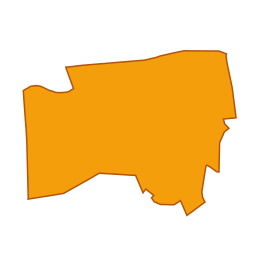 Mutare Urban, Manicaland, Zimbabwe (Natural Earth projection), rotated 4°
{"feature_id": "62879985B34329227357286", "entity_name": "Mutare Urban", "entity_type": "district", "adm_level": 2, "iso_a3": "ZWE", "parent_name": "Zimbabwe", "parent_adm1": "Manicaland", "projection": "natural_earth1", "projection_center": [32.581, -18.995], "detail": "fine", "context": "isolated", "style": "filled", "palette": "amber", "viewbox_px": 256, "rotation_deg": 4, "n_neighbors": 0, "source": "geoboundaries", "source_scale": "gbopen_adm2", "svg_char_len": 1671}
<svg xmlns="http://www.w3.org/2000/svg" viewBox="0 0 256 256"><g transform="rotate(4 128 128)"><path d="M228.7,121.2L224.2,117.3L222.6,112.4L235.1,110.3L229.1,80.4L222.5,57.1L222.3,56.6L220.7,48.9L221.1,47.2L213.5,45.0L213.3,44.9L213.2,44.9L178.4,47.1L169.4,49.6L154.8,54.0L151.6,55.5L140.0,59.1L132.3,60.3L77.7,68.7L63.1,71.5L62.8,71.5L61.9,71.4L61.8,72.0L61.9,72.3L70.9,92.5L66.5,95.7L66.3,95.7L66.0,96.0L65.7,96.1L65.4,96.2L65.0,96.3L64.8,96.4L64.5,96.4L64.3,96.5L64.1,96.5L63.8,96.6L63.5,96.7L58.4,97.4L58.1,97.5L57.7,97.5L57.1,97.5L56.3,97.5L55.9,97.5L55.5,97.5L55.1,97.5L54.8,97.6L54.3,97.6L53.9,97.6L53.5,97.6L53.2,97.5L49.0,96.3L48.7,96.3L48.3,96.2L48.1,96.2L47.9,96.1L47.6,96.1L47.2,95.9L46.8,95.9L46.4,95.8L46.1,95.6L45.7,95.5L45.4,95.4L44.4,95.0L44.0,94.9L43.6,94.6L43.1,94.5L42.6,94.3L42.0,94.0L41.5,93.8L41.1,93.6L40.8,93.5L40.4,93.3L40.0,93.2L39.5,93.1L39.0,92.9L38.5,92.8L38.2,92.7L37.7,92.4L37.2,92.4L36.9,92.4L36.6,92.3L35.7,92.3L35.3,92.2L34.9,92.2L34.5,92.1L34.2,92.1L33.8,92.1L33.7,92.1L33.3,92.2L32.8,92.3L32.6,92.3L32.4,92.4L31.8,92.4L31.4,92.4L31.0,92.6L30.7,92.7L30.3,92.7L30.0,92.8L29.8,92.9L29.6,92.9L29.3,93.0L29.1,93.0L28.9,93.0L28.7,93.0L28.2,93.1L20.9,98.0L21.0,98.6L26.0,133.6L26.0,133.8L26.2,134.1L27.9,148.1L28.0,148.5L33.4,205.2L33.3,205.9L59.2,199.9L68.4,197.7L94.2,180.7L102.4,175.1L114.4,175.0L138.9,174.8L147.5,191.6L149.9,187.7L158.4,193.4L156.3,196.1L159.3,199.8L165.7,202.0L179.2,201.4L185.5,196.8L185.6,197.1L192.9,211.1L210.0,196.5L207.3,192.1L206.1,186.6L208.4,160.5L209.4,159.6L213.1,161.4L218.7,164.9L219.6,165.5L221.8,165.5L220.4,136.2L224.4,125.2L228.7,121.2Z" fill="#f59e0b" stroke="#b45309" stroke-width="1.5"/></g></svg>